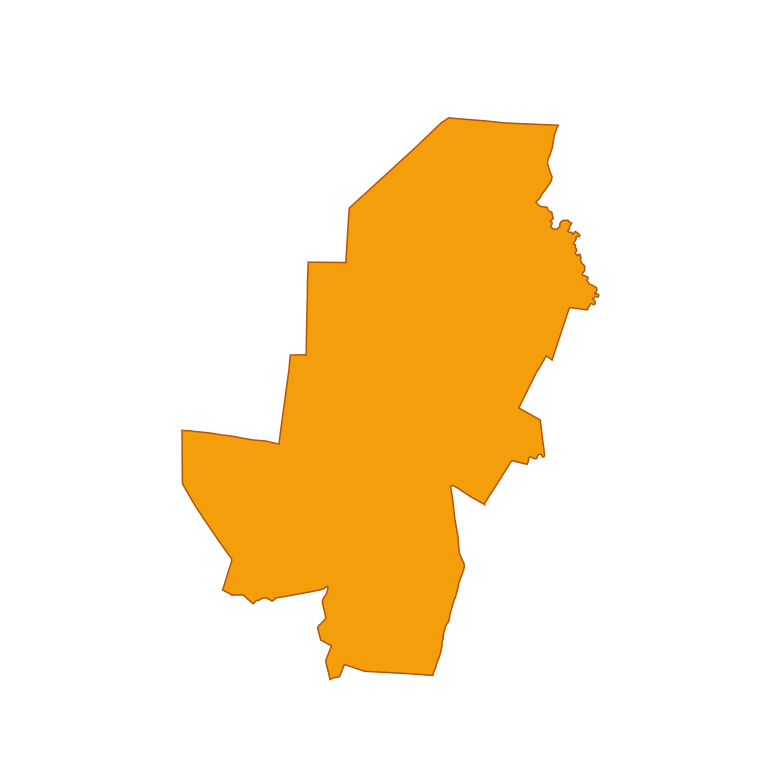 Racovita, Timis, Romania, rotated 107°
{"feature_id": "2599482B19277843402836", "entity_name": "Racovita", "entity_type": "district", "adm_level": 2, "iso_a3": "ROU", "parent_name": "Romania", "parent_adm1": "Timis", "projection": "robinson", "projection_center": [21.607, 45.699], "detail": "fine", "context": "isolated", "style": "filled", "palette": "amber", "viewbox_px": 768, "rotation_deg": 107, "n_neighbors": 0, "source": "geoboundaries", "source_scale": "gbopen_adm2", "svg_char_len": 6112}
<svg xmlns="http://www.w3.org/2000/svg" viewBox="0 0 768 768"><g transform="rotate(107 384 384)"><path d="M487.4,563.6L532.7,549.4L537.5,547.8L538.5,547.2L539.7,546.1L551.4,533.6L556.7,527.7L565.3,517.4L581.2,497.6L591.9,483.7L595.4,479.0L596.3,478.4L597.2,478.0L598.1,477.9L628.2,478.1L629.4,471.6L629.8,469.0L630.4,468.0L630.5,467.5L629.8,466.5L627.0,457.2L627.2,456.3L629.5,451.5L632.4,445.0L632.1,444.5L628.4,442.8L628.0,442.5L628.0,442.1L628.1,441.6L628.0,441.0L625.0,438.3L623.8,436.3L623.2,435.1L623.2,434.0L623.4,433.1L623.4,431.9L623.8,429.4L624.1,428.7L624.3,428.2L624.2,427.3L623.6,426.7L622.7,426.2L622.2,425.8L622.0,425.5L620.5,425.3L613.7,411.9L603.2,391.6L598.8,383.8L597.7,382.1L594.1,379.0L595.5,378.0L596.1,377.8L600.7,377.7L602.6,378.0L606.6,379.3L610.0,379.4L610.5,379.3L624.1,371.5L625.0,371.3L625.8,371.5L632.0,374.3L633.2,375.3L636.4,376.3L647.4,369.6L647.9,366.9L649.8,357.6L665.0,358.9L666.3,358.6L672.7,354.9L675.4,353.2L682.4,349.2L679.9,346.6L677.4,341.7L676.4,341.0L675.4,340.8L663.8,339.9L664.4,318.4L655.5,282.7L652.2,268.7L648.5,252.2L646.1,252.3L644.1,252.2L642.3,251.9L639.3,251.7L638.7,251.7L637.5,251.9L635.9,252.0L635.0,251.8L633.1,251.8L632.5,251.8L631.3,251.5L630.5,251.4L627.3,251.3L624.9,251.4L620.0,251.7L617.3,252.0L616.1,252.2L614.9,252.9L614.5,253.0L613.4,253.0L610.4,252.9L609.9,253.0L609.5,253.1L608.3,253.7L607.5,253.8L606.3,253.7L604.2,254.1L603.3,254.1L602.0,254.0L599.2,254.2L596.2,254.0L593.7,253.1L590.3,252.8L585.9,253.4L582.7,253.6L575.2,253.8L569.1,253.7L567.8,253.4L560.1,253.5L551.4,254.2L538.3,253.5L535.1,253.8L532.4,254.9L524.7,261.8L520.2,264.0L507.2,269.1L504.3,270.8L491.8,277.0L474.7,284.4L462.2,290.5L460.9,288.5L462.1,282.9L466.8,266.8L469.9,252.4L468.9,252.9L419.9,239.4L419.0,223.7L418.3,223.7L418.0,223.6L416.9,223.4L415.6,223.4L412.7,223.9L412.1,223.8L411.7,223.6L411.1,223.2L410.9,222.5L410.9,221.8L411.2,220.5L411.4,218.8L411.4,218.0L411.2,217.2L410.8,216.6L410.4,216.3L409.3,216.1L408.0,216.2L406.3,215.6L405.8,215.0L405.6,214.4L405.5,212.8L406.5,212.1L407.2,211.1L407.4,210.6L407.1,210.1L406.6,209.8L405.7,209.5L398.0,212.7L392.1,215.5L381.9,220.0L372.8,224.0L367.5,248.1L346.8,244.7L326.3,241.3L325.8,240.8L320.7,239.6L309.6,237.0L312.0,230.3L257.0,229.0L256.3,227.2L254.0,212.9L253.7,211.2L253.4,211.1L252.5,211.0L251.3,211.3L250.2,210.9L249.5,210.4L248.5,210.1L247.7,210.0L246.8,209.8L246.5,209.4L246.3,209.0L246.4,208.5L246.7,207.7L246.9,207.0L246.8,206.3L246.1,205.8L245.2,205.6L243.8,206.0L242.5,207.1L241.7,209.3L241.0,209.4L240.7,209.2L240.6,208.9L240.6,208.6L240.4,208.4L238.4,207.4L238.4,206.6L238.5,206.1L238.5,205.6L238.5,205.2L238.0,204.5L237.7,204.4L236.2,204.6L235.8,204.9L235.7,205.3L235.7,206.1L235.6,206.5L235.6,207.0L235.8,207.7L236.3,208.6L236.1,208.8L235.8,208.9L235.3,209.0L234.8,208.7L234.4,208.4L233.8,207.9L233.7,207.8L233.2,207.8L232.4,207.8L232.2,207.9L231.7,208.3L230.6,208.4L230.1,208.7L230.0,209.0L229.6,209.6L229.1,212.0L228.9,212.8L228.3,216.7L225.8,220.1L225.2,220.2L223.7,219.8L223.2,219.8L222.8,219.9L222.4,220.1L222.2,220.5L221.9,222.0L221.8,223.2L221.8,223.9L221.9,224.7L222.1,225.2L222.1,225.5L221.4,226.3L221.2,226.3L220.0,226.4L219.4,226.3L218.5,225.8L217.1,225.4L216.8,225.3L216.1,225.5L215.2,225.8L213.7,226.2L212.5,226.6L210.8,229.8L210.6,230.4L209.6,231.2L208.9,231.7L207.8,232.5L207.2,232.7L206.9,232.7L205.8,232.4L205.4,232.6L205.0,233.0L204.8,233.5L203.6,233.9L203.1,234.2L202.8,234.4L202.8,234.8L202.9,235.1L203.2,235.8L204.0,236.3L204.6,236.7L203.8,238.4L203.4,239.4L200.5,238.9L199.9,238.8L199.4,239.0L198.8,239.4L198.1,240.1L197.9,240.8L197.5,241.0L196.3,241.1L195.3,241.4L195.1,241.5L194.8,242.1L194.9,242.9L194.9,243.3L194.7,243.6L194.0,243.7L193.5,243.8L192.9,243.7L191.5,243.1L189.1,242.7L188.6,242.7L187.7,243.3L187.3,243.3L186.8,243.3L186.5,243.2L186.2,243.0L186.2,242.6L186.5,241.3L186.4,240.9L186.1,240.5L185.8,240.2L185.2,240.1L184.7,240.1L184.1,240.4L182.7,243.6L182.3,245.9L185.4,247.0L185.6,247.3L185.5,247.7L185.2,247.9L184.8,248.2L184.2,248.9L184.2,249.2L184.2,249.4L184.5,250.6L184.7,251.3L184.6,252.0L184.4,252.6L184.1,253.1L182.1,252.3L181.7,252.1L181.4,252.0L179.8,252.3L178.9,252.7L175.9,251.5L175.6,251.5L175.4,251.6L175.0,252.4L175.1,253.6L175.0,254.2L174.8,254.6L174.0,255.2L173.7,255.6L173.6,255.8L173.5,256.1L173.6,256.5L174.0,257.0L174.5,258.1L174.8,259.4L175.2,260.8L176.5,261.6L177.1,262.2L178.0,262.3L178.9,262.6L179.4,262.6L180.1,262.6L182.2,261.9L183.4,262.8L185.2,263.7L185.6,264.3L185.7,264.7L185.7,265.7L186.4,267.5L185.3,269.7L184.8,270.4L184.4,270.7L184.0,270.8L182.2,270.1L181.6,270.1L181.0,270.2L180.7,270.4L180.4,270.7L180.3,271.2L180.3,271.9L180.1,272.3L179.4,272.6L179.1,272.6L178.7,272.4L177.4,271.1L176.9,270.6L176.6,270.5L176.4,270.5L175.4,271.0L173.8,272.1L171.7,273.2L170.6,273.9L170.6,275.3L170.0,277.9L167.6,279.4L167.5,279.7L167.4,280.4L167.5,281.4L168.0,283.0L168.4,286.7L167.5,288.9L165.9,291.8L163.8,291.0L162.3,290.1L160.6,289.4L155.8,288.3L147.3,285.2L145.2,284.6L143.5,284.1L143.2,283.9L142.0,283.8L140.7,283.4L138.9,283.6L136.6,283.9L135.2,285.0L134.5,285.8L133.5,286.6L129.7,289.2L128.8,289.7L127.7,290.6L126.9,291.0L126.0,291.7L124.8,292.4L123.4,292.6L121.0,292.8L119.7,292.7L117.8,292.4L116.7,292.1L112.9,292.3L111.8,292.1L109.8,292.1L106.7,292.4L103.2,293.1L101.2,293.2L98.2,293.6L95.3,293.9L94.3,293.8L93.5,293.9L91.7,293.6L88.2,293.5L85.6,293.0L88.9,305.7L92.4,319.2L98.2,341.5L99.2,345.7L102.6,363.2L108.2,388.7L110.6,400.0L117.5,405.6L136.5,416.3L146.6,421.9L169.2,435.2L182.2,442.8L187.8,446.2L205.7,456.7L218.5,464.3L225.6,468.4L226.2,468.5L227.4,468.3L242.1,464.9L279.1,456.0L280.6,461.5L284.6,475.0L289.6,492.1L309.6,486.8L322.4,483.0L329.3,481.1L352.2,474.6L353.0,474.4L379.1,466.9L379.3,468.6L383.7,482.0L393.5,480.1L396.8,479.3L409.9,477.2L431.7,473.6L454.0,470.0L472.2,466.9L473.1,480.4L475.4,491.1L475.9,493.5L476.7,500.3L477.4,505.2L477.8,510.4L478.8,516.7L479.0,518.8L479.9,522.6L480.0,523.3L480.4,525.5L481.1,532.0L482.4,539.5L482.7,540.9L483.7,546.2L484.4,549.3L485.0,552.1L485.0,552.6L485.7,557.1L486.3,558.9L486.7,560.5L487.1,562.8L487.4,563.6Z" fill="#f59e0b" stroke="#b45309" stroke-width="1.5"/></g></svg>